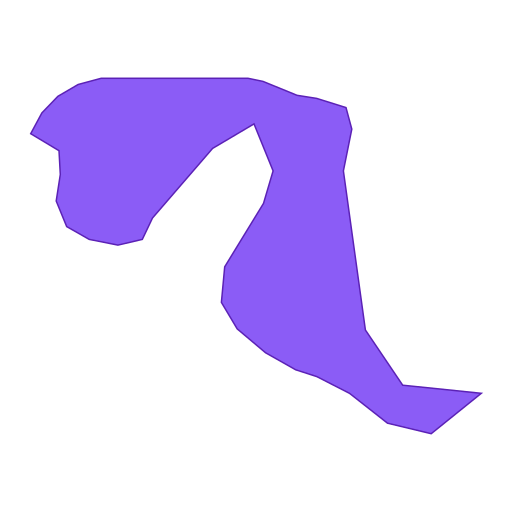 map outline of North Caicos (Albers equal-area conic projection)
{"feature_id": "TCA-5004", "entity_name": "North Caicos", "entity_type": "state/province", "adm_level": 1, "iso_a3": "TCA", "parent_name": "Turks and Caicos Islands", "parent_adm1": "", "projection": "albers", "projection_center": [-71.96, 21.894], "detail": "fine", "context": "isolated", "style": "filled", "palette": "violet", "viewbox_px": 512, "rotation_deg": 0, "n_neighbors": 0, "source": "natural_earth", "source_scale": "10m", "svg_char_len": 559}
<svg xmlns="http://www.w3.org/2000/svg" viewBox="0 0 512 512"><path d="M66.7,226.6L56.2,201.0L60.3,174.5L59.0,150.7L30.7,133.7L41.9,112.9L57.9,96.3L78.1,84.5L101.1,78.3L248.1,78.3L263.0,81.4L297.0,95.3L316.7,98.4L346.0,107.6L351.8,129.1L343.4,170.9L365.4,330.0L402.7,385.2L481.3,393.3L431.2,433.7L387.5,423.2L349.6,393.4L316.8,376.6L295.7,369.8L265.6,352.8L237.2,328.9L221.4,302.4L224.7,266.8L263.5,203.4L273.1,170.9L254.0,123.9L212.6,148.4L152.5,218.0L142.3,239.4L117.9,245.1L89.2,239.4L66.7,226.6Z" fill="#8b5cf6" stroke="#5b21b6" stroke-width="1.5"/></svg>